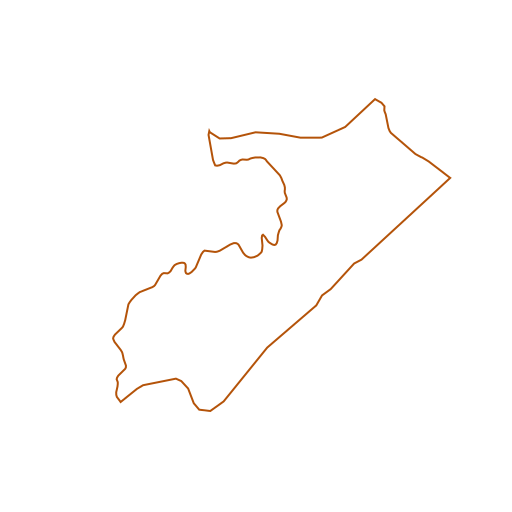 the border of Haifa, rotated 216°
{"feature_id": "ISR-3054", "entity_name": "Haifa", "entity_type": "District", "adm_level": 1, "iso_a3": "ISR", "parent_name": "Israel", "parent_adm1": "", "projection": "robinson", "projection_center": [35.08, 32.637], "detail": "fine", "context": "isolated", "style": "outline", "palette": "amber", "viewbox_px": 512, "rotation_deg": 216, "n_neighbors": 0, "source": "natural_earth", "source_scale": "10m", "svg_char_len": 2616}
<svg xmlns="http://www.w3.org/2000/svg" viewBox="0 0 512 512"><g transform="rotate(216 256 256)"><path d="M367.2,329.6L366.1,329.0L354.5,329.7L345.4,336.7L329.1,355.8L309.0,368.6L289.5,377.9L272.4,390.4L259.7,412.8L251.9,452.9L251.6,452.9L244.5,453.7L240.0,452.6L239.3,451.5L238.6,450.4L237.8,449.2L236.5,448.2L234.4,446.9L224.1,437.4L221.4,435.7L219.3,434.9L186.9,432.2L180.7,433.0L179.3,433.4L171.8,434.0L145.1,433.3L144.8,433.3L148.3,415.7L168.5,315.1L172.2,307.6L176.1,273.2L179.4,262.9L178.2,251.5L193.1,188.5L196.7,119.3L201.9,103.7L211.6,98.3L219.8,100.3L233.0,108.9L242.9,110.9L248.7,109.7L271.4,85.1L274.2,78.6L279.7,58.3L281.1,58.8L285.7,60.2L287.4,61.5L289.0,63.6L291.3,68.9L292.6,71.2L293.7,72.7L296.3,74.4L296.9,75.9L297.1,78.3L295.5,87.9L295.8,89.4L296.8,90.9L302.2,94.6L304.0,96.2L304.9,97.1L306.9,98.8L307.9,99.5L310.3,100.5L319.9,103.3L322.2,104.6L323.2,105.4L323.8,107.0L323.9,109.5L322.2,119.1L322.1,120.6L322.8,123.5L324.1,127.2L330.8,141.9L331.0,144.1L331.0,147.2L330.3,153.5L329.5,156.4L328.8,158.5L322.4,168.6L321.7,169.6L320.8,171.7L320.6,173.2L321.7,184.0L321.4,186.5L320.5,188.0L317.3,190.0L316.6,191.5L316.2,193.5L316.6,197.4L316.6,199.1L316.5,200.7L315.5,202.9L314.0,205.0L312.3,206.8L311.3,207.5L310.1,208.1L309.0,208.1L307.9,207.6L307.1,206.7L306.3,205.7L304.4,202.4L303.5,201.6L302.5,201.0L301.3,201.1L300.3,201.7L299.6,202.7L298.7,205.2L298.0,209.9L298.0,211.3L301.2,225.0L301.3,228.2L300.8,230.1L291.5,235.2L290.6,236.0L289.8,236.9L288.4,239.0L283.6,250.1L281.6,253.3L280.6,254.1L279.4,254.8L278.1,255.0L276.8,254.9L268.4,251.1L265.6,250.4L263.9,250.3L262.4,250.5L261.0,250.8L259.8,251.3L258.8,252.0L257.0,253.8L256.3,254.9L255.0,257.1L254.6,258.4L254.0,261.2L253.9,262.8L255.0,265.2L256.9,268.3L262.0,274.0L263.1,276.2L262.8,277.3L259.9,276.8L256.3,275.4L254.5,274.8L253.1,274.7L250.0,274.9L248.7,275.2L247.5,275.8L246.8,276.8L246.8,278.6L247.7,281.2L250.5,285.7L251.5,288.4L252.2,290.6L252.2,292.2L252.4,293.7L252.8,295.1L253.3,296.1L256.0,298.5L264.7,304.3L265.7,305.7L266.1,307.4L265.7,310.5L264.1,315.9L263.9,317.4L264.1,318.8L264.5,320.1L265.6,321.3L269.8,324.0L271.0,325.4L271.8,326.9L273.0,328.5L274.9,330.1L279.0,332.4L281.2,333.9L284.1,335.3L302.9,339.0L304.2,339.5L305.6,339.8L307.6,339.5L310.3,338.4L314.6,335.2L316.5,333.2L317.8,331.6L318.4,330.4L319.0,329.4L320.1,328.4L323.6,326.2L324.7,324.9L325.5,323.4L325.7,321.9L326.0,320.6L326.5,319.3L327.4,318.4L328.4,317.6L334.2,314.7L335.2,313.9L336.0,312.9L336.8,311.9L338.6,308.3L340.2,306.5L341.2,305.8L342.3,305.3L345.2,307.1L347.3,308.5L365.6,326.1L367.2,329.6Z" fill="none" stroke="#b45309" stroke-width="2"/></g></svg>